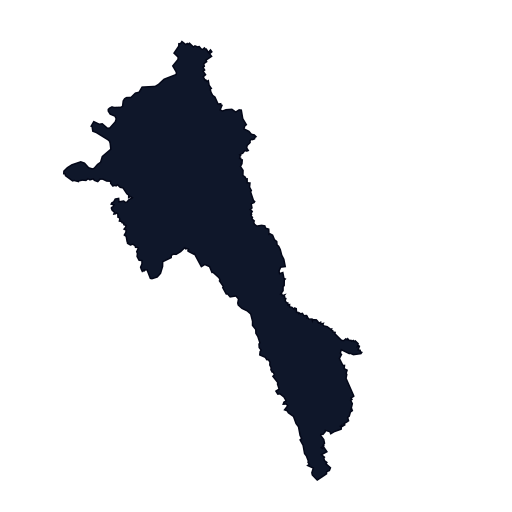 the district of Doem Bang Nang Buat, Suphan Buri, Thailand, rotated 230°
{"feature_id": "78962969B7020307767392", "entity_name": "Doem Bang Nang Buat", "entity_type": "district", "adm_level": 2, "iso_a3": "THA", "parent_name": "Thailand", "parent_adm1": "Suphan Buri", "projection": "natural_earth1", "projection_center": [99.985, 14.865], "detail": "fine", "context": "isolated", "style": "filled", "palette": "ink", "viewbox_px": 512, "rotation_deg": 230, "n_neighbors": 0, "source": "geoboundaries", "source_scale": "gbopen_adm2", "svg_char_len": 6097}
<svg xmlns="http://www.w3.org/2000/svg" viewBox="0 0 512 512"><g transform="rotate(230 256 256)"><path d="M444.9,168.3L444.5,163.4L442.6,161.6L441.6,162.6L440.0,161.7L431.4,163.8L430.8,165.2L427.2,167.8L427.6,168.2L425.8,171.7L423.2,174.3L423.2,177.0L421.1,177.7L419.7,180.9L417.9,180.8L414.7,182.6L415.1,186.0L413.4,188.0L409.4,189.8L406.7,192.7L405.1,191.4L401.6,191.3L401.0,193.0L399.6,194.0L399.7,195.7L395.9,196.1L393.7,197.9L386.6,197.1L384.6,197.7L382.6,196.0L382.2,198.1L380.1,198.7L380.8,194.4L380.2,191.9L381.1,190.3L383.2,190.0L385.5,185.9L388.4,187.8L390.1,184.8L388.9,181.7L389.4,179.8L388.8,178.4L386.6,180.1L385.6,178.0L386.0,176.5L385.3,175.8L383.3,175.2L380.5,175.8L379.5,174.1L378.6,175.6L378.9,176.8L377.0,177.2L374.5,175.2L373.6,175.9L371.9,175.5L370.6,173.8L368.8,175.2L367.6,174.8L366.1,175.8L364.9,174.9L362.9,176.1L361.9,174.8L361.4,172.2L359.3,173.2L357.7,171.4L356.7,168.6L354.5,169.2L349.5,166.3L348.3,166.6L348.1,165.8L345.1,166.9L344.3,169.2L341.6,170.0L340.1,169.3L338.8,170.7L337.6,170.8L336.0,167.4L334.1,166.8L332.1,164.6L327.9,163.7L325.8,165.7L323.2,163.5L321.6,160.4L319.5,159.6L317.3,159.0L317.3,161.2L316.5,160.8L316.5,162.6L315.3,163.6L306.8,160.7L305.5,161.7L303.4,166.8L304.1,171.7L308.1,177.8L311.6,180.8L309.3,190.0L311.0,191.6L310.4,194.0L308.6,195.9L307.8,201.1L308.2,206.7L306.5,206.8L306.4,207.7L304.4,208.7L303.7,207.1L302.5,207.4L297.4,209.5L297.4,210.3L283.0,207.3L282.4,211.3L277.7,213.6L271.7,211.7L271.1,212.6L263.2,213.7L260.5,213.0L260.4,212.0L253.6,211.4L253.2,210.2L246.0,208.8L245.1,209.9L241.3,209.9L238.3,214.9L234.3,215.0L231.7,211.8L229.9,210.9L224.9,211.6L219.6,214.0L215.0,214.7L208.2,211.4L205.1,208.7L199.9,208.6L196.8,206.2L193.2,205.7L187.0,203.2L186.6,201.7L183.8,199.6L180.6,199.5L180.1,197.7L177.8,195.3L172.4,198.0L169.6,197.6L168.6,198.9L165.6,198.4L163.6,196.5L160.6,195.8L159.3,194.3L156.6,193.8L156.1,194.7L153.1,193.7L153.0,191.6L144.5,191.3L144.2,190.2L139.2,188.2L139.7,184.4L136.2,183.9L134.9,185.8L130.1,186.8L125.6,186.0L126.1,183.5L125.0,181.6L123.2,184.0L120.9,184.1L119.8,179.0L117.4,180.4L115.1,180.0L109.0,181.6L101.9,179.0L97.9,178.8L90.1,174.4L86.9,173.7L86.8,171.6L80.7,170.4L73.4,166.2L70.5,166.1L65.3,164.3L64.5,163.2L62.2,163.0L62.3,160.9L56.7,163.6L54.1,159.5L52.1,158.4L45.0,158.9L43.8,170.0L45.4,171.4L44.5,174.3L45.9,176.9L51.9,176.0L52.3,177.6L55.3,176.9L57.7,178.1L57.9,179.1L61.7,178.4L60.5,184.5L65.6,185.0L65.6,183.4L67.2,182.8L67.1,185.9L67.9,185.7L68.5,188.1L71.8,189.9L77.0,190.2L77.7,191.0L76.3,192.6L76.9,196.0L77.9,197.0L74.0,199.7L71.8,199.0L71.2,202.9L68.6,209.9L69.9,211.3L71.4,211.2L71.3,212.5L70.3,211.8L69.9,213.1L69.6,215.4L71.0,215.1L70.3,221.0L73.4,222.4L73.4,224.5L75.8,228.0L75.6,230.4L77.2,231.0L77.5,230.2L81.0,234.9L84.6,235.7L84.4,237.3L86.2,237.5L85.7,240.7L86.2,241.0L104.4,246.3L106.9,249.4L108.2,249.6L110.0,252.4L113.1,251.1L115.3,253.5L116.4,252.2L123.9,254.0L125.6,258.2L127.3,258.1L128.7,260.0L129.4,261.1L121.3,264.7L120.7,265.8L117.8,267.2L113.8,273.6L114.2,275.1L115.7,274.4L116.8,275.2L118.5,273.9L120.4,277.2L121.2,277.0L121.5,275.5L123.2,277.9L127.2,277.5L127.3,276.2L128.7,276.3L129.3,274.4L130.2,274.6L131.6,273.0L133.7,273.1L133.4,271.9L134.8,271.6L134.7,268.9L136.3,267.3L145.8,266.4L146.6,267.5L148.3,266.0L149.3,266.7L150.7,265.9L151.5,267.0L151.9,266.1L156.1,265.1L159.0,262.9L160.6,263.2L161.1,264.2L162.1,262.0L163.7,263.0L164.0,261.4L164.9,261.0L164.6,260.0L165.8,261.3L168.3,261.2L170.6,258.7L170.0,257.5L171.7,258.4L173.6,255.9L175.0,256.1L175.7,255.1L176.6,256.4L177.9,256.5L179.6,254.2L182.2,254.7L183.1,252.9L184.4,252.7L184.4,251.7L185.8,252.0L186.8,250.8L189.8,253.0L191.3,252.2L190.8,250.9L193.6,250.5L195.5,249.0L197.2,250.5L198.0,248.9L199.5,250.2L200.7,249.3L203.0,249.6L204.3,251.5L205.6,250.7L206.2,251.7L207.5,251.6L207.8,252.9L208.7,250.6L210.1,251.3L211.1,250.5L212.0,254.4L215.3,257.2L215.2,258.5L219.5,262.3L219.6,263.6L220.9,263.0L226.1,265.9L227.3,262.7L229.7,264.0L231.6,267.7L229.1,271.6L235.6,275.2L240.1,276.2L245.3,278.7L248.9,279.6L250.9,279.2L253.8,281.2L256.6,280.6L261.3,282.1L264.0,281.0L264.3,279.9L268.4,283.0L271.2,281.2L273.4,282.1L275.9,280.0L278.4,275.8L281.5,275.2L283.4,276.0L284.0,277.2L287.3,276.7L287.7,278.0L290.7,278.3L290.7,279.3L291.6,279.4L292.6,281.8L295.3,281.3L295.4,283.8L299.1,285.9L298.2,288.8L298.6,290.0L300.1,289.7L308.7,293.1L309.1,294.5L312.9,295.3L315.8,298.3L317.8,296.3L320.8,298.8L321.3,297.9L323.6,298.4L326.1,297.7L329.9,301.1L334.6,301.6L335.7,304.5L336.6,304.3L336.5,305.3L338.4,307.2L339.1,306.4L340.7,307.1L341.3,306.2L342.8,307.8L342.8,308.7L344.0,308.6L343.3,312.0L344.0,315.1L342.3,316.4L341.8,317.9L344.8,318.3L346.4,320.3L346.7,324.4L348.3,325.6L348.2,327.9L347.4,328.1L346.7,330.2L347.6,331.3L347.4,332.7L349.9,332.5L352.2,330.7L356.1,330.7L361.2,328.4L362.9,331.2L362.8,333.0L369.7,334.1L377.2,338.5L378.8,337.0L379.3,333.0L383.9,331.8L387.3,327.1L388.6,323.5L391.0,322.4L393.3,326.8L395.0,326.1L395.4,326.7L396.8,324.6L404.2,326.7L406.9,326.0L410.5,326.8L413.3,328.2L413.1,329.5L416.9,329.8L421.0,332.2L421.4,330.5L423.1,330.7L423.3,330.0L427.2,330.7L427.3,333.9L431.7,334.2L431.5,336.2L434.8,336.7L434.5,338.3L436.9,339.5L436.6,343.1L438.2,343.5L437.5,350.3L440.8,350.4L440.8,353.4L443.1,353.6L442.6,350.3L446.3,350.9L446.3,350.3L448.6,350.2L448.4,348.1L449.6,347.1L453.0,347.1L453.6,345.7L456.2,344.3L456.3,342.4L461.8,341.8L461.8,340.0L463.0,339.9L463.1,338.1L467.9,337.1L467.2,334.7L468.2,333.4L466.4,331.7L464.1,323.6L458.5,324.2L456.7,322.7L455.1,314.4L448.1,313.2L446.3,311.6L450.5,299.2L450.1,291.7L450.7,287.8L458.6,277.3L456.6,271.7L458.3,268.3L457.8,262.2L460.6,258.6L460.9,256.4L460.1,253.9L456.5,250.1L456.6,248.3L461.0,242.7L462.8,241.5L463.4,238.9L463.3,237.1L462.0,236.0L458.4,235.5L453.8,237.9L450.9,237.1L449.2,234.4L448.0,226.2L449.3,224.3L456.1,223.2L457.7,220.6L463.2,218.1L461.4,213.2L460.6,213.7L456.5,211.2L453.3,213.0L440.3,217.3L438.1,217.6L436.0,216.7L431.1,213.4L431.0,202.2L427.7,197.2L428.0,193.5L427.2,188.5L427.8,186.7L431.2,184.5L437.4,184.3L440.8,182.3L444.2,173.6L444.9,168.3Z" fill="#0f172a" stroke="#020617" stroke-width="1.5"/></g></svg>